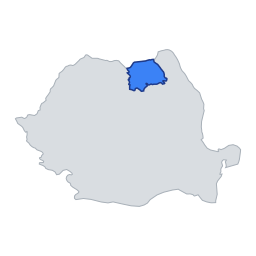 Suceava on a map of Romania (Albers equal-area conic projection)
{"feature_id": "ROU-311", "entity_name": "Suceava", "entity_type": "County", "adm_level": 1, "iso_a3": "ROU", "parent_name": "Romania", "parent_adm1": "", "projection": "albers", "projection_center": [25.683, 47.513], "detail": "fine", "context": "in_parent", "style": "filled", "palette": "blue", "viewbox_px": 256, "rotation_deg": 0, "n_neighbors": 0, "source": "natural_earth", "source_scale": "10m", "svg_char_len": 5095}
<svg xmlns="http://www.w3.org/2000/svg" viewBox="0 0 256 256"><path d="M204.6,144.8L207.2,148.2L210.5,150.0L218.0,151.7L218.6,151.4L218.7,151.0L218.2,150.5L218.1,149.9L218.4,149.1L219.4,149.0L221.1,149.6L224.3,148.4L228.8,145.4L233.1,144.7L237.1,146.1L239.3,148.0L240.6,149.7L240.4,152.0L240.2,153.5L239.4,159.4L238.8,161.6L237.8,164.1L225.6,167.6L226.3,166.2L225.9,163.7L225.3,161.9L226.4,160.1L223.6,159.7L222.4,160.6L221.6,162.3L222.6,165.9L221.3,168.0L220.8,169.2L220.9,171.9L220.1,173.1L220.0,174.4L222.0,174.0L221.2,176.4L217.6,181.0L216.4,183.7L217.2,194.3L215.7,200.7L215.7,202.6L211.7,202.8L210.5,202.7L206.7,201.9L202.4,200.3L199.8,197.1L198.1,194.8L194.6,196.0L193.9,195.7L192.9,194.6L190.2,193.9L186.8,194.0L179.3,189.9L178.4,189.2L172.6,190.0L163.8,192.2L157.1,194.9L150.2,199.6L147.4,203.1L144.1,205.0L139.4,206.4L131.1,205.8L122.4,204.0L113.1,201.9L108.0,202.9L101.3,202.0L91.0,199.4L83.4,198.5L75.9,199.6L74.6,198.5L74.4,197.3L74.7,195.7L75.9,194.4L77.7,193.4L78.7,192.4L78.8,191.4L76.9,189.7L72.8,187.2L71.1,185.7L70.7,185.3L70.6,184.0L69.8,182.9L68.2,182.1L67.0,180.7L66.2,178.7L66.5,176.9L67.8,175.2L69.5,174.5L71.4,174.9L72.3,174.4L72.0,173.2L70.1,171.5L66.7,169.5L63.1,170.4L59.3,174.2L56.6,174.7L55.1,172.0L52.4,170.3L48.3,169.6L45.8,168.4L44.9,166.8L43.2,165.6L39.3,164.1L39.4,162.9L40.0,162.6L41.4,162.6L43.3,162.5L43.6,161.8L43.7,161.2L42.3,160.3L40.8,159.7L40.0,159.1L39.6,158.5L39.5,157.9L40.0,157.5L40.6,157.5L41.2,157.2L41.6,155.7L42.5,154.6L43.1,154.2L43.1,153.3L42.5,152.5L41.7,151.7L40.6,151.2L36.9,149.8L35.1,148.0L34.0,147.8L32.2,146.8L30.3,145.2L28.8,143.0L27.0,141.5L26.6,140.9L26.6,140.3L27.0,139.8L27.0,139.1L26.6,137.0L27.1,134.8L27.1,132.8L27.2,131.8L26.8,131.5L26.5,131.8L26.0,132.2L25.6,132.2L24.3,130.6L22.8,127.5L21.8,126.4L19.6,124.8L17.8,123.5L16.6,120.9L15.4,118.8L16.3,118.0L21.8,117.2L24.2,118.5L25.3,118.2L26.5,117.3L27.1,116.6L27.3,115.9L27.9,114.9L29.7,114.6L34.5,115.5L36.5,114.2L37.2,113.5L37.8,111.9L38.3,110.6L40.1,110.0L40.1,108.8L40.0,107.4L41.1,104.6L41.8,103.4L42.8,103.0L44.0,102.1L46.1,100.3L45.7,98.6L46.2,97.4L48.4,94.5L50.2,91.7L50.2,90.2L50.5,89.0L52.0,87.6L53.6,85.9L55.8,80.3L56.5,79.4L57.9,78.4L58.9,77.4L59.1,73.6L60.1,72.6L61.8,71.5L63.6,69.6L65.1,67.4L66.2,66.4L67.6,66.1L69.1,65.3L70.8,65.0L72.5,65.5L73.5,65.3L75.1,64.3L79.3,60.2L79.9,59.4L80.7,58.9L84.0,57.5L84.9,56.1L86.0,54.8L87.5,55.0L92.1,58.3L97.1,58.3L98.0,58.4L98.3,58.5L98.9,58.8L105.6,60.5L106.6,60.4L106.9,60.3L109.6,61.6L112.0,61.5L114.2,60.6L116.6,60.4L118.8,60.9L120.4,62.8L124.6,66.8L125.9,68.3L127.8,68.1L130.0,67.4L132.2,64.8L139.0,61.8L144.1,61.1L149.2,59.9L155.0,59.0L156.6,56.5L157.5,54.9L158.2,51.8L161.3,50.8L164.2,50.2L165.3,49.8L167.4,49.6L169.1,49.9L171.7,51.3L173.5,53.2L174.3,54.7L175.9,56.9L177.6,59.8L179.4,63.8L179.9,65.8L180.6,68.0L182.0,70.7L184.7,73.6L185.0,74.1L186.3,76.2L188.6,80.7L190.6,82.5L192.3,84.5L193.2,86.5L194.4,88.3L197.3,90.6L199.6,92.8L201.6,99.1L203.0,101.9L203.9,104.2L203.6,108.7L204.2,110.6L203.3,114.2L201.6,121.4L201.3,127.0L201.7,130.1L201.8,132.0L202.4,133.3L202.9,135.8L203.1,138.1L202.4,138.8L201.5,139.3L201.1,139.8L202.0,140.8L203.3,142.6L204.6,144.8Z" fill="#d9dde1" stroke="#a8b0b8" stroke-width="1"/><path d="M150.5,60.0L151.9,59.5L153.6,59.5L154.0,61.6L154.1,61.9L154.5,62.3L155.1,62.7L156.0,63.4L157.2,64.1L157.8,64.6L160.4,68.0L160.8,68.7L162.4,70.6L162.7,71.1L163.4,71.8L163.6,72.2L163.9,73.0L164.3,74.7L164.3,75.2L164.2,75.7L164.2,76.1L164.3,76.5L164.4,76.8L165.0,77.6L165.3,77.9L165.6,78.1L166.5,78.2L166.9,78.7L166.9,79.0L166.9,79.3L166.6,80.0L166.6,80.4L166.5,80.7L166.3,80.9L165.8,81.0L163.4,80.7L163.0,80.8L162.9,81.2L163.2,81.7L164.6,83.0L164.7,83.3L164.5,83.5L164.3,83.7L162.5,84.1L161.7,83.2L161.4,82.9L160.9,82.8L160.5,82.7L160.0,82.7L159.5,82.8L157.3,84.0L156.5,84.2L153.9,84.2L152.7,84.5L152.3,84.5L151.9,84.4L151.6,84.2L151.3,84.1L150.9,84.1L149.2,84.9L148.8,85.0L148.5,84.9L148.2,84.7L147.2,83.7L146.9,83.5L146.6,83.4L146.3,83.4L146.1,83.5L146.1,84.0L146.5,84.5L147.0,85.0L147.2,85.5L147.2,85.8L147.0,86.2L146.6,86.5L145.7,87.1L145.3,87.4L144.3,88.7L144.0,89.3L143.7,90.2L143.7,90.9L142.5,91.1L142.2,91.2L141.7,91.3L141.3,91.2L141.0,91.0L140.7,90.7L140.4,90.3L140.2,90.1L137.6,88.3L137.2,88.1L136.8,88.1L136.2,88.2L135.8,88.4L135.4,88.7L135.1,89.1L135.1,89.4L135.1,89.7L135.0,90.0L134.9,90.2L134.7,90.5L134.4,90.6L134.0,90.6L133.7,90.6L132.9,90.2L131.8,89.7L129.7,89.3L129.6,86.9L129.8,85.9L129.9,85.6L129.9,85.0L129.9,84.8L129.6,84.8L129.4,84.8L129.1,84.7L128.8,84.4L128.9,84.0L129.0,83.6L129.3,83.1L129.5,82.5L129.5,82.1L129.4,81.7L129.1,81.1L129.0,80.8L128.5,80.2L128.3,79.9L128.3,79.6L128.4,79.4L128.6,79.3L128.8,79.3L129.1,79.3L129.3,79.3L129.4,79.2L129.4,78.9L129.4,78.7L129.2,78.3L129.1,78.1L129.3,77.8L129.6,77.7L129.9,77.5L130.2,77.2L130.3,76.7L130.3,76.4L130.2,76.0L129.9,75.5L129.3,74.8L127.5,73.2L127.3,72.9L128.6,72.5L128.9,72.2L129.0,71.9L129.0,71.6L128.8,71.2L127.8,70.2L127.3,69.3L127.0,68.4L128.7,68.1L130.2,67.5L131.1,66.6L133.4,62.9L134.4,62.2L145.6,61.0L147.1,60.4L148.3,60.2L149.0,59.9L149.4,59.8L150.5,60.0Z" fill="#3b82f6" stroke="#1e3a8a" stroke-width="1.5"/></svg>